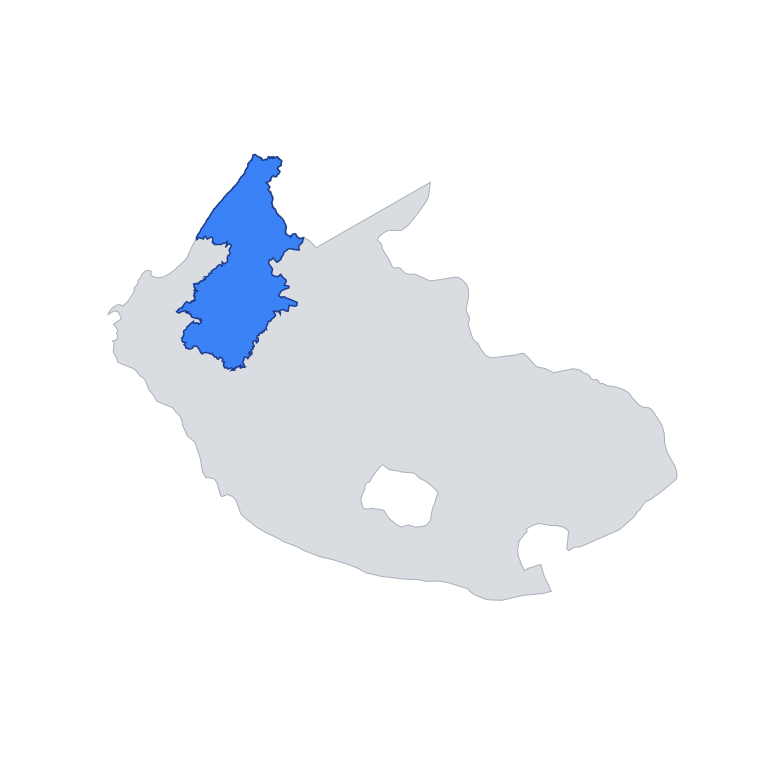 Namakwa, Northern Cape, South Africa (highlighted), rotated 59°
{"feature_id": "47623444B2552562251298", "entity_name": "Namakwa", "entity_type": "district", "adm_level": 2, "iso_a3": "ZAF", "parent_name": "South Africa", "parent_adm1": "Northern Cape", "projection": "albers", "projection_center": [17.588, -30.489], "detail": "fine", "context": "in_parent", "style": "filled", "palette": "blue", "viewbox_px": 768, "rotation_deg": 59, "n_neighbors": 0, "source": "geoboundaries", "source_scale": "gbopen_adm2", "svg_char_len": 9833}
<svg xmlns="http://www.w3.org/2000/svg" viewBox="0 0 768 768"><g transform="rotate(59 384 384)"><path d="M544.6,167.5L562.7,167.0L570.6,169.2L579.8,174.1L588.7,176.5L604.1,176.9L609.3,178.1L613.3,179.9L616.1,182.3L618.6,197.9L620.3,214.5L619.6,219.7L619.9,221.8L623.4,229.1L624.4,233.6L626.5,237.4L629.8,255.3L630.0,258.4L624.6,300.1L621.9,304.9L621.9,311.6L619.4,312.1L605.7,301.9L603.0,301.9L598.5,304.5L594.1,309.0L591.8,313.0L583.1,323.4L581.7,330.5L581.6,336.7L584.1,337.2L585.3,341.8L588.4,349.3L594.6,354.7L600.6,357.5L609.2,359.1L616.1,359.8L616.3,355.0L619.5,342.5L630.8,345.6L647.8,347.4L645.5,355.5L636.9,373.5L630.2,394.1L623.8,404.1L620.4,408.2L611.3,414.9L606.7,417.0L603.0,417.4L587.2,431.5L581.1,438.5L575.2,449.0L570.0,454.6L561.8,466.8L548.1,484.7L537.0,496.3L532.2,499.4L529.2,500.8L520.7,507.3L508.6,518.0L499.3,527.6L485.8,538.2L478.2,542.7L466.6,552.0L463.5,553.2L450.7,561.6L441.6,566.7L427.1,572.2L421.5,573.6L408.4,570.9L402.9,571.4L398.0,575.1L397.1,580.9L395.2,581.6L383.3,578.1L378.2,578.3L375.1,581.2L372.5,584.9L365.6,584.7L353.5,579.9L339.2,576.6L335.8,576.2L328.6,578.8L326.2,579.1L316.0,578.0L310.4,575.8L304.9,575.6L300.7,576.9L295.6,577.3L281.6,587.7L274.5,587.4L268.4,588.5L257.7,586.7L254.5,587.3L251.2,589.1L243.9,589.7L241.1,591.3L228.5,601.0L223.5,599.8L217.1,599.6L209.9,594.2L207.1,594.5L207.9,592.9L208.2,590.1L205.7,587.1L202.8,587.3L201.3,584.8L197.0,584.5L193.4,585.2L192.8,576.0L191.1,575.1L186.7,574.8L184.6,575.1L183.6,576.0L182.4,578.1L182.3,584.5L180.8,582.7L179.1,578.8L178.6,574.7L179.2,569.8L182.6,568.0L181.6,561.8L176.6,551.2L173.4,548.9L171.0,543.4L168.5,541.4L167.5,537.6L165.1,534.5L164.2,529.7L165.6,526.9L167.7,525.4L169.9,527.8L172.6,526.9L176.4,523.4L178.7,518.1L178.9,509.6L178.3,504.3L175.4,490.6L173.9,487.4L167.1,477.6L159.0,464.4L148.8,443.7L143.8,431.3L136.2,406.2L129.5,392.0L121.2,378.8L120.2,378.0L121.4,376.3L125.8,373.2L127.8,372.4L128.8,372.8L129.9,371.9L130.9,369.8L131.5,365.1L133.6,360.2L135.4,358.1L139.3,356.7L142.3,358.5L143.6,360.3L144.1,362.7L145.4,363.9L147.5,363.8L149.0,365.2L149.8,368.3L149.7,370.5L148.5,371.8L148.7,373.6L150.2,375.8L151.8,380.7L159.8,383.2L164.3,383.6L168.5,384.8L172.5,387.0L179.1,387.6L188.2,386.5L195.8,387.1L201.7,389.3L205.9,389.7L208.6,388.4L209.8,386.5L209.5,384.0L210.8,382.4L213.8,381.8L216.2,379.9L218.1,376.8L222.3,374.3L228.9,372.5L232.2,372.6L235.0,240.3L246.7,249.7L249.4,254.0L254.9,266.5L260.5,281.9L261.3,289.3L261.0,290.9L254.6,300.8L254.2,305.7L254.8,311.5L256.1,314.5L257.8,315.5L262.1,314.1L268.5,315.9L280.9,315.6L287.0,316.6L288.6,316.2L290.1,315.0L291.8,311.6L293.3,310.5L299.1,309.2L301.8,307.3L306.1,300.6L318.8,291.9L320.3,289.7L329.1,268.0L331.6,265.0L335.2,263.1L342.1,261.8L346.0,262.9L350.3,265.0L355.0,268.5L361.9,274.9L364.3,275.9L371.6,276.6L375.8,280.8L389.2,284.3L393.2,284.4L397.5,282.6L404.5,283.1L412.1,282.1L416.9,278.6L427.4,255.1L428.8,249.9L429.9,248.5L437.3,246.4L446.2,245.0L448.1,244.0L454.0,237.7L461.7,232.8L468.3,214.0L471.9,209.8L474.1,208.0L475.4,208.1L477.3,207.1L479.9,204.9L482.9,203.7L486.3,203.5L488.5,202.1L489.7,199.6L491.6,198.5L494.0,198.8L495.4,198.1L495.9,196.4L501.7,192.8L502.0,191.2L505.5,187.4L512.1,181.6L518.2,178.6L523.7,178.3L533.9,176.0L537.8,173.4L540.5,169.4L544.6,167.5ZM500.2,449.1L508.8,446.7L515.4,443.1L517.5,435.4L522.8,431.0L524.9,426.7L526.9,420.7L524.8,413.9L521.1,411.6L514.6,405.4L511.9,401.3L508.0,397.7L505.4,393.6L500.4,394.3L492.6,396.7L487.6,399.1L483.4,402.0L476.1,403.8L468.7,413.9L466.3,416.1L460.5,423.4L452.7,426.6L452.5,428.0L454.4,434.5L457.2,441.1L460.4,446.5L459.9,449.7L460.9,452.3L464.0,454.3L468.8,461.2L471.3,463.5L479.4,465.8L480.6,465.5L483.2,461.9L483.7,459.2L490.0,451.4L492.6,449.1L500.2,449.1Z" fill="#d9dde1" stroke="#a8b0b8" stroke-width="1"/><path d="M242.6,534.8L244.4,534.9L246.4,532.8L247.3,534.5L247.2,535.0L249.0,534.7L251.4,535.2L251.9,534.1L253.5,533.5L254.6,530.7L254.6,529.5L253.5,527.7L253.5,526.9L254.5,526.3L255.2,525.1L258.8,524.4L262.8,525.0L264.7,524.2L264.2,522.8L265.6,519.9L267.1,518.3L268.7,517.5L269.4,516.2L269.4,515.3L270.9,515.9L272.7,515.1L273.3,515.4L274.7,513.8L276.1,514.1L277.0,513.7L277.4,513.3L276.7,510.2L278.9,509.6L280.0,509.6L280.9,510.9L281.4,511.1L282.8,509.5L283.1,510.3L283.9,510.4L284.1,511.3L286.4,512.2L287.8,512.1L288.0,511.5L288.5,511.8L288.9,510.4L290.9,509.9L291.5,506.6L293.2,505.5L293.7,507.8L294.7,505.4L295.2,504.9L294.0,504.2L293.4,503.2L294.1,502.6L293.5,500.4L294.4,499.9L294.4,499.0L293.8,497.3L294.9,497.7L295.4,498.5L296.4,498.8L296.9,496.2L296.3,495.8L297.8,495.2L297.8,494.2L297.1,494.8L295.1,493.9L293.0,494.2L291.2,492.4L291.2,491.5L289.9,490.9L289.1,489.6L290.2,488.0L292.1,487.7L290.7,484.8L290.5,483.3L289.4,484.0L287.8,484.2L287.3,482.7L289.9,482.0L290.1,481.7L288.3,480.7L286.3,480.5L286.6,479.0L286.4,478.2L285.9,477.6L284.4,477.5L284.9,475.9L280.4,475.0L280.2,473.1L280.7,471.4L282.9,472.2L283.2,472.0L282.3,469.5L279.8,468.2L279.1,469.4L277.4,467.9L277.9,466.0L276.6,465.6L276.7,463.8L277.3,462.8L277.4,461.8L276.8,461.9L276.4,461.3L277.2,459.6L276.3,459.3L275.8,458.0L277.0,456.7L275.0,456.0L273.9,454.9L272.5,452.6L270.6,450.8L271.8,449.2L270.5,446.6L270.2,443.9L269.3,441.5L264.7,441.3L264.8,440.3L267.0,438.7L267.2,436.9L270.7,436.9L269.2,435.9L267.3,436.3L267.9,432.5L270.3,430.9L272.3,428.9L267.7,424.8L271.6,420.0L271.8,418.3L269.3,416.4L261.8,421.9L259.8,423.8L258.5,424.0L257.7,424.9L256.7,427.0L257.3,427.4L254.3,428.7L253.7,428.5L251.3,424.0L251.7,420.0L252.6,416.1L251.5,415.2L250.5,415.7L248.1,418.7L245.6,414.9L244.0,414.5L240.4,415.8L236.8,416.0L237.2,420.1L235.0,422.4L233.1,423.5L231.5,423.7L228.1,420.3L221.1,420.8L218.5,418.3L219.6,416.7L218.9,414.1L224.4,413.2L224.6,411.7L223.9,407.7L222.7,407.5L222.8,406.7L221.3,403.8L219.6,402.0L218.9,395.6L222.3,391.9L225.5,387.8L221.9,386.1L220.5,381.0L217.1,377.6L216.5,380.5L215.7,381.5L213.7,382.6L212.0,382.8L210.5,382.3L209.4,382.7L208.5,385.2L209.0,386.8L209.3,387.3L210.0,387.6L210.2,388.2L209.8,388.7L208.6,388.5L207.0,390.0L205.7,390.6L203.9,390.7L203.1,390.4L202.2,389.4L201.1,389.3L200.6,387.8L198.8,386.7L196.3,386.2L193.9,386.2L192.4,385.7L191.0,386.1L189.1,386.0L188.4,386.5L186.3,386.9L185.5,387.7L184.2,387.5L182.6,388.1L180.9,387.8L180.3,387.4L177.6,387.3L177.3,387.9L176.2,387.8L175.2,388.6L174.4,387.9L173.3,387.8L171.9,387.0L170.7,387.1L169.1,384.7L168.1,383.9L167.2,383.9L166.7,383.1L166.4,383.4L163.6,382.8L162.4,382.9L161.4,382.2L160.8,382.9L159.9,382.4L159.1,383.2L158.1,383.4L157.2,383.0L157.0,381.2L156.6,380.6L155.6,380.2L154.8,380.8L153.2,380.5L150.9,381.6L150.7,381.3L150.8,379.7L151.2,379.0L151.3,376.2L150.7,375.8L149.7,376.0L149.2,373.9L148.4,373.4L148.2,372.7L148.7,371.4L149.8,371.3L150.2,371.0L150.8,369.1L149.5,367.2L149.7,366.2L148.6,364.2L148.2,363.7L147.4,363.6L146.4,364.4L145.7,364.1L144.9,364.6L144.4,364.5L143.4,362.9L143.8,360.2L143.7,359.4L141.9,358.9L141.5,358.0L140.2,356.7L138.2,357.4L137.6,358.3L136.7,357.7L136.1,358.3L134.4,358.2L133.8,359.1L134.0,359.9L134.0,361.8L133.5,362.2L132.6,361.6L132.2,361.6L132.2,362.2L133.0,363.2L131.6,363.3L131.3,363.6L132.0,364.4L132.0,365.3L131.3,365.5L130.5,365.0L129.8,365.5L129.8,366.5L131.5,368.7L130.3,369.9L130.5,371.5L130.3,372.0L129.7,372.3L128.9,373.6L128.1,373.5L127.8,372.6L127.2,372.7L125.6,373.7L124.8,374.9L121.2,376.1L120.4,377.1L120.3,378.5L122.2,379.8L123.0,381.1L124.1,381.9L123.8,383.1L124.5,384.5L124.6,385.6L125.0,385.9L125.1,387.2L127.9,389.0L128.3,390.4L128.9,390.9L128.8,391.8L129.8,393.2L132.0,395.0L131.9,395.7L132.8,398.4L132.7,399.3L133.2,400.4L133.6,400.6L134.0,402.4L135.8,404.6L136.1,406.4L136.9,407.4L137.3,409.8L138.0,411.6L137.8,412.2L138.9,413.9L139.0,415.1L139.6,416.5L139.7,418.9L140.4,420.7L140.2,421.0L141.2,423.0L141.1,423.5L141.6,425.2L142.9,427.1L142.9,428.1L143.5,429.4L144.0,432.6L144.9,433.6L145.3,435.8L146.3,438.1L146.4,439.8L147.5,441.3L149.5,445.6L150.6,447.0L150.8,448.0L151.7,449.2L151.4,450.1L152.4,451.1L152.6,452.3L154.3,454.2L154.6,455.7L155.9,458.2L156.8,460.7L159.2,463.9L159.8,466.1L160.9,467.7L161.1,468.7L161.5,469.2L163.9,470.1L163.2,467.1L166.7,464.2L165.2,461.9L165.3,461.0L168.8,460.8L168.9,457.3L169.2,456.2L170.8,455.7L171.5,456.0L174.3,458.3L175.4,457.7L175.1,457.2L175.6,457.0L176.8,457.6L177.2,457.3L180.6,451.6L180.6,449.1L181.9,446.8L180.9,444.3L182.9,446.2L185.3,449.7L184.1,446.6L184.7,443.8L186.8,443.3L189.4,447.9L192.6,448.3L193.7,450.4L193.7,452.0L195.8,453.8L198.5,454.8L198.7,459.2L196.1,459.9L199.5,462.1L197.2,463.2L196.9,465.5L198.2,468.1L198.1,472.6L198.7,474.3L200.2,475.1L199.1,476.8L200.7,478.1L200.7,479.0L201.0,479.4L200.8,480.8L199.9,482.5L200.4,482.3L201.0,482.7L202.3,483.1L201.2,484.7L202.3,484.7L202.4,485.6L201.8,486.6L202.0,487.3L201.9,488.1L201.3,488.2L201.6,489.5L202.5,491.1L202.4,491.6L201.6,491.7L201.6,492.2L202.2,492.7L200.5,494.1L200.6,495.0L200.3,495.7L203.8,497.0L204.3,496.5L204.8,496.9L205.6,496.7L205.9,498.3L208.4,495.3L207.6,499.0L208.0,499.5L208.3,499.0L209.4,499.7L209.5,500.7L210.5,501.8L211.1,501.6L211.6,500.8L212.5,501.4L213.7,502.9L214.3,503.1L214.3,504.7L214.9,503.4L215.1,504.5L213.9,505.6L214.0,506.4L214.3,506.2L214.7,506.8L214.4,507.5L214.7,507.7L214.2,508.8L214.3,509.4L211.8,510.7L212.4,513.5L214.3,517.4L214.7,517.4L214.9,517.9L214.3,518.3L214.0,520.7L215.2,524.6L217.0,523.7L217.6,523.1L217.7,520.0L218.3,518.5L218.2,517.4L219.2,516.2L219.9,517.1L221.5,516.4L220.8,515.6L221.5,515.2L221.7,514.4L222.5,515.3L223.7,514.7L224.2,513.5L225.2,513.7L225.9,514.4L227.8,514.2L231.0,511.3L231.5,509.8L232.8,509.7L233.4,508.3L234.0,507.6L235.4,507.4L234.9,508.9L237.2,508.9L237.5,512.0L236.4,511.7L234.7,513.4L234.9,514.5L233.7,515.9L232.2,515.0L232.6,518.8L233.3,520.8L233.1,521.3L233.7,522.7L233.8,523.9L235.0,524.8L235.3,525.5L235.2,527.9L236.1,529.1L238.5,529.8L239.7,531.8L240.2,532.0L240.4,533.7L240.9,533.4L242.6,534.8Z" fill="#3b82f6" stroke="#1e3a8a" stroke-width="1.5"/></g></svg>